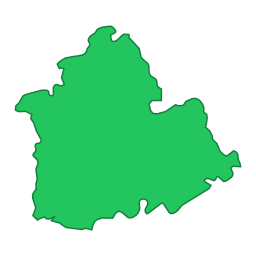 outline of Sevilla
{"feature_id": "ESP-5844", "entity_name": "Sevilla", "entity_type": "Autonomous Community", "adm_level": 1, "iso_a3": "ESP", "parent_name": "Spain", "parent_adm1": "", "projection": "orthographic", "projection_center": [-5.672, 37.516], "detail": "fine", "context": "isolated", "style": "filled", "palette": "green", "viewbox_px": 256, "rotation_deg": 0, "n_neighbors": 0, "source": "natural_earth", "source_scale": "10m", "svg_char_len": 2845}
<svg xmlns="http://www.w3.org/2000/svg" viewBox="0 0 256 256"><path d="M50.6,220.5L51.6,220.5L55.0,216.1L52.7,217.6L49.6,218.9L46.5,218.9L44.3,216.9L39.2,218.9L37.6,220.1L32.9,215.6L35.8,207.9L32.8,198.4L32.6,196.4L32.8,194.6L33.4,192.9L35.8,189.5L36.1,188.4L36.0,183.6L37.3,179.0L36.0,170.1L36.2,168.3L37.8,164.1L38.0,162.0L37.2,159.8L33.3,156.1L33.1,154.4L33.8,153.2L35.6,151.3L35.9,149.6L35.1,145.5L35.7,144.2L36.8,143.5L39.5,143.1L40.7,142.2L41.2,140.9L41.0,139.5L36.2,130.7L33.9,123.2L30.8,118.7L31.7,114.4L25.9,111.4L18.4,111.6L15.4,110.1L15.8,106.1L16.5,105.2L18.8,103.2L22.9,96.1L25.3,94.7L41.8,90.2L47.2,90.3L48.5,91.4L48.7,92.3L48.9,94.0L49.4,94.9L50.1,95.4L51.7,95.7L52.5,95.6L53.1,94.9L53.4,93.4L53.3,87.5L54.8,85.1L56.9,84.5L61.5,86.0L64.2,84.3L61.5,77.7L63.9,68.8L62.9,68.3L60.2,68.1L59.2,68.5L57.3,64.0L58.8,62.4L62.6,59.6L65.5,58.0L74.6,56.3L76.9,56.1L82.0,55.1L83.5,54.5L84.8,53.7L86.1,52.1L86.6,51.0L86.9,50.1L87.0,49.4L87.4,48.5L89.4,45.9L89.7,44.8L89.8,43.8L89.4,42.8L88.8,41.8L88.3,40.9L88.3,39.8L88.7,38.8L89.2,37.7L89.9,36.6L91.0,35.6L94.1,33.7L95.0,33.0L95.6,32.3L96.6,30.4L97.5,29.4L98.6,28.6L102.1,27.3L110.0,26.2L111.6,26.5L113.2,27.7L115.1,29.9L115.6,30.8L115.8,31.7L115.3,32.5L113.4,33.6L112.4,34.0L111.5,34.6L110.8,35.3L110.7,36.3L110.8,37.3L111.5,40.5L112.2,41.3L113.5,41.5L115.6,41.1L118.2,39.2L120.8,36.7L121.6,35.8L123.9,34.2L129.0,34.5L128.9,37.5L139.1,48.4L141.2,57.7L148.0,63.8L148.8,65.8L149.0,72.2L150.1,75.0L151.4,76.4L155.4,78.8L156.6,80.5L157.0,84.3L157.6,86.2L158.4,87.2L161.4,89.1L161.3,100.5L151.9,100.6L149.0,104.1L150.6,110.6L153.1,113.5L157.4,113.8L165.4,111.6L175.7,104.7L177.1,105.5L180.3,105.8L183.0,105.3L183.8,104.7L185.9,101.4L192.2,98.7L195.3,98.4L198.2,99.4L200.6,101.4L202.5,104.3L203.8,107.8L203.9,108.9L203.6,111.0L203.9,112.2L204.5,112.9L206.1,113.8L206.7,114.6L207.2,117.5L206.3,124.4L205.4,127.1L209.7,130.9L212.2,135.7L212.6,139.4L216.8,143.5L220.2,151.4L224.8,155.6L227.3,155.8L233.6,150.8L235.8,151.8L237.6,153.9L238.5,160.2L240.0,163.4L240.6,166.7L232.6,166.2L230.8,168.4L232.9,173.0L232.5,175.8L230.6,178.0L225.9,181.0L223.6,181.5L218.3,176.6L217.3,176.4L216.6,177.1L215.7,179.3L214.7,180.4L213.7,180.5L208.6,178.5L207.0,178.5L205.6,179.0L204.8,179.5L204.5,179.9L204.2,180.5L205.5,182.2L210.9,185.3L209.2,188.5L182.1,205.2L177.9,210.2L175.6,212.1L172.8,213.5L170.7,213.5L169.1,212.4L163.5,203.9L162.3,203.2L161.2,203.4L148.1,213.3L146.6,213.7L145.4,212.2L145.2,209.4L147.6,204.7L147.8,202.2L147.0,200.5L145.5,199.5L143.8,199.0L142.3,199.1L140.2,200.0L139.6,200.9L139.2,202.3L139.7,207.8L139.5,209.7L138.1,212.8L136.1,215.2L133.5,217.0L131.0,217.9L128.4,217.7L121.8,212.3L118.5,211.2L115.7,213.1L112.7,218.1L101.9,218.0L97.5,219.4L94.7,221.5L93.0,224.8L91.7,229.8L85.6,228.3L81.8,229.5L65.8,227.4L59.5,223.0L50.6,220.5Z" fill="#22c55e" stroke="#15803d" stroke-width="1.5"/></svg>